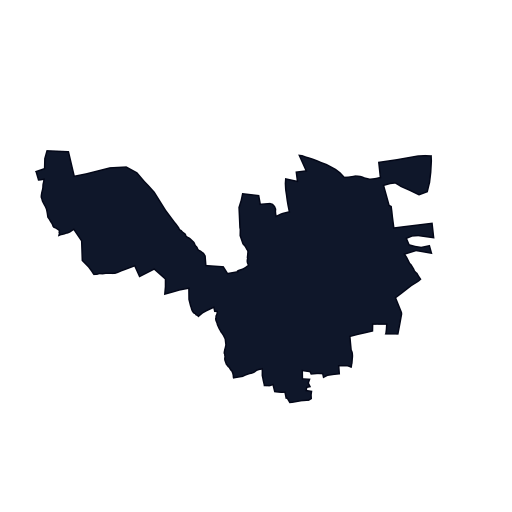 Cuncunul, Yucatán, Mexico (Robinson projection), rotated 76°
{"feature_id": "50627088B4763987970493", "entity_name": "Cuncunul", "entity_type": "district", "adm_level": 2, "iso_a3": "MEX", "parent_name": "Mexico", "parent_adm1": "Yucatán", "projection": "robinson", "projection_center": [-88.345, 20.622], "detail": "fine", "context": "isolated", "style": "filled", "palette": "ink", "viewbox_px": 512, "rotation_deg": 76, "n_neighbors": 0, "source": "geoboundaries", "source_scale": "gbopen_adm2", "svg_char_len": 6046}
<svg xmlns="http://www.w3.org/2000/svg" viewBox="0 0 512 512"><g transform="rotate(76 256 256)"><path d="M103.4,433.3L110.4,437.3L120.1,440.0L120.9,449.0L121.2,448.9L124.0,448.8L128.9,448.6L129.6,448.6L129.9,447.0L130.2,443.1L131.6,443.6L132.1,443.8L133.0,444.2L134.1,444.8L135.4,445.4L136.7,445.8L137.8,446.1L139.7,446.9L142.5,448.4L144.8,449.4L145.6,449.7L146.9,450.1L148.8,449.9L150.2,449.9L150.9,449.9L151.9,449.7L155.2,448.9L156.2,448.6L156.9,448.4L158.6,448.1L160.2,447.9L162.2,448.0L163.9,448.1L166.9,448.4L167.9,448.5L168.3,448.4L169.9,447.7L172.4,447.0L173.7,446.6L175.2,446.0L177.2,445.7L177.9,445.7L179.1,445.2L179.7,444.4L180.4,443.4L181.5,442.4L182.4,441.6L183.6,440.6L185.0,441.0L185.6,441.3L186.5,441.2L187.0,441.4L187.9,442.0L188.3,442.2L188.0,440.3L188.1,438.8L188.1,437.8L188.1,436.3L187.9,435.3L187.9,434.1L188.0,433.6L187.8,431.9L187.5,430.5L186.6,428.2L186.1,426.6L186.0,426.3L199.1,421.5L203.9,422.5L218.3,425.6L226.1,421.0L231.5,418.8L233.1,418.3L234.6,417.7L235.2,414.6L235.1,412.3L236.1,409.1L236.4,405.8L237.3,402.3L238.2,398.9L238.6,396.9L238.4,394.3L237.7,390.2L237.4,387.2L236.1,376.0L247.7,373.9L244.0,357.9L256.4,349.4L264.0,351.3L270.9,353.7L270.7,345.8L270.4,337.8L270.5,337.4L270.7,333.3L271.0,328.9L281.9,331.5L287.9,331.5L288.3,331.5L288.6,331.5L289.3,331.4L290.5,331.3L291.6,331.3L292.9,331.2L293.5,331.1L294.0,331.0L294.7,330.7L295.7,330.4L296.6,329.7L297.3,328.7L298.2,328.5L298.6,328.3L299.3,327.3L299.9,326.8L300.6,326.5L298.2,321.6L297.1,317.4L295.5,309.3L299.7,309.4L300.2,307.5L300.4,307.0L300.8,307.1L302.0,307.5L302.9,307.9L304.3,309.0L304.6,309.3L305.2,309.4L305.9,309.6L307.0,310.2L307.6,310.3L308.7,310.4L309.0,310.4L311.4,310.0L311.8,310.0L313.1,310.0L313.3,310.0L314.5,309.8L316.1,309.5L317.2,309.3L317.7,309.2L318.9,308.8L321.4,308.2L322.4,307.7L323.5,307.3L324.9,306.8L325.8,306.6L326.7,306.4L328.0,306.1L329.1,305.9L334.4,306.6L334.9,306.6L335.5,306.9L336.3,307.3L336.7,307.5L337.5,307.9L338.4,308.4L339.2,308.9L340.2,309.3L340.7,309.6L342.5,310.3L343.4,310.1L344.2,310.1L345.0,310.3L346.1,310.3L346.8,310.6L347.7,311.0L348.2,311.1L349.1,311.3L349.8,311.3L353.9,310.9L354.6,310.5L355.6,310.1L356.5,309.7L357.7,308.8L358.9,308.5L359.8,308.2L360.3,308.0L360.9,307.8L361.4,307.4L362.2,307.1L364.7,306.8L365.4,306.9L366.5,306.9L367.9,307.2L368.8,307.2L368.9,305.4L369.5,298.1L369.1,296.3L368.9,295.2L368.7,293.5L368.6,292.1L368.5,291.3L368.5,290.2L368.6,288.6L368.4,287.0L368.3,286.2L367.9,285.1L367.4,284.0L367.0,282.9L366.8,280.6L366.9,279.0L366.9,277.4L368.9,277.6L373.5,278.8L376.7,278.9L378.0,279.0L383.2,279.1L383.7,279.2L384.3,277.0L385.1,274.2L384.8,270.6L387.2,270.6L389.9,270.6L392.1,270.6L392.9,268.5L393.7,266.3L394.4,264.2L395.1,260.8L401.2,261.1L401.5,260.0L406.3,258.6L406.7,255.9L407.3,247.0L408.0,243.1L408.0,242.8L408.6,239.8L407.7,236.9L404.1,236.2L400.8,234.9L398.7,239.9L395.7,238.6L395.8,235.2L392.6,235.9L391.9,236.0L388.6,233.9L386.5,240.7L383.5,240.0L378.3,238.8L380.1,234.4L381.1,231.9L381.2,231.5L383.8,231.0L384.8,224.8L384.9,224.4L386.2,219.9L386.2,219.7L390.0,219.8L389.0,215.5L389.1,214.6L389.6,209.3L390.4,203.7L382.5,202.3L384.6,193.8L385.5,192.3L386.8,190.6L386.3,190.3L385.3,189.9L384.8,189.7L384.2,189.5L383.8,189.2L382.9,188.8L381.4,188.3L378.7,187.4L377.9,187.1L376.3,186.6L374.1,186.2L372.8,186.1L371.6,186.2L370.4,186.5L356.7,184.4L356.6,176.4L356.8,168.8L356.8,168.3L356.9,161.1L350.3,159.3L351.2,155.6L353.7,145.6L358.8,147.2L362.5,148.6L362.9,148.9L365.9,137.2L356.6,132.9L347.5,128.8L346.0,128.6L330.2,130.8L327.4,124.2L322.2,112.5L319.5,104.3L318.3,102.0L316.4,102.7L314.4,103.4L311.8,104.1L310.8,104.9L308.8,106.0L307.0,106.2L303.8,107.2L301.9,107.8L300.4,108.8L298.0,109.3L293.6,110.3L290.1,111.6L289.4,99.4L291.2,95.2L295.7,85.1L288.0,85.3L287.7,93.6L285.3,99.3L282.2,104.8L275.2,105.9L274.3,99.7L275.4,93.6L281.2,79.2L279.5,79.0L277.3,78.7L266.9,77.3L263.4,105.5L262.2,115.5L255.1,114.7L250.8,114.2L245.8,113.5L240.7,112.9L239.1,114.7L238.3,114.7L229.7,114.9L218.3,115.2L218.1,108.2L218.8,103.1L221.1,100.8L222.4,99.5L223.5,98.5L226.3,94.9L229.4,90.9L236.0,83.0L235.0,74.3L228.7,71.0L226.7,69.9L217.2,66.3L206.2,62.9L201.3,61.9L201.3,62.0L199.6,67.6L198.2,74.7L197.5,84.8L196.7,96.2L195.1,112.2L194.9,114.2L210.1,116.3L210.0,117.1L209.9,118.2L209.9,120.4L209.7,122.7L209.1,127.1L207.9,129.3L206.6,131.9L205.2,133.7L204.1,135.6L203.2,138.0L202.5,140.2L202.4,142.6L201.9,147.5L201.1,151.4L195.7,154.4L191.3,157.9L187.9,161.6L184.3,165.6L180.9,170.6L178.5,173.7L175.8,177.6L173.7,181.0L172.1,183.8L169.9,187.0L168.9,189.6L185.6,186.6L184.4,196.6L186.0,196.8L193.7,197.7L193.5,198.2L193.3,198.5L193.0,199.2L192.5,200.2L188.4,208.5L192.7,209.9L197.8,210.9L199.8,211.2L204.2,211.6L209.4,212.2L214.5,212.6L221.3,212.9L221.2,214.6L221.2,217.6L221.2,219.6L221.4,221.7L221.8,223.6L222.5,226.9L220.0,226.8L217.5,226.4L215.3,225.7L212.5,226.1L209.9,227.5L208.5,229.8L206.9,239.4L198.1,238.8L192.4,253.9L198.4,256.8L204.8,260.7L224.6,264.7L226.5,264.8L232.4,266.4L240.4,265.7L240.6,265.7L240.9,265.6L241.9,265.3L242.8,264.6L243.3,264.4L244.6,263.9L245.7,263.6L247.1,263.3L248.0,262.9L248.9,262.7L249.6,262.7L250.5,262.9L251.5,263.3L252.5,263.6L255.4,264.7L255.9,264.7L256.7,264.7L257.5,265.3L258.8,265.7L259.3,265.8L260.5,265.9L262.4,265.6L263.3,265.5L263.6,266.2L264.0,267.4L264.4,268.1L264.7,269.1L265.0,269.9L265.4,271.4L265.6,273.0L265.7,274.2L265.7,274.9L265.8,276.1L266.1,277.4L266.9,277.3L266.2,287.9L258.6,290.4L253.2,307.0L243.7,305.4L240.9,306.3L240.3,306.7L239.6,307.4L238.5,308.2L237.4,309.2L236.9,309.9L236.4,310.5L235.8,310.7L235.5,310.9L233.9,311.1L233.4,311.3L232.6,311.5L231.8,312.1L231.0,312.5L230.2,312.6L229.4,312.7L227.9,313.0L227.5,313.2L223.4,315.8L222.1,316.9L221.5,317.8L219.9,319.2L218.4,319.3L217.2,319.7L216.6,320.3L215.4,321.3L214.5,321.9L213.3,322.5L212.1,323.8L211.1,324.1L209.9,324.3L205.7,326.0L203.7,327.0L189.8,332.8L169.5,339.4L161.8,343.5L156.8,346.4L146.5,351.5L138.3,360.4L135.2,376.4L135.3,400.6L134.8,411.5L134.7,413.1L133.5,413.1L109.5,412.8L103.4,433.3Z" fill="#0f172a" stroke="#020617" stroke-width="1.5"/></g></svg>